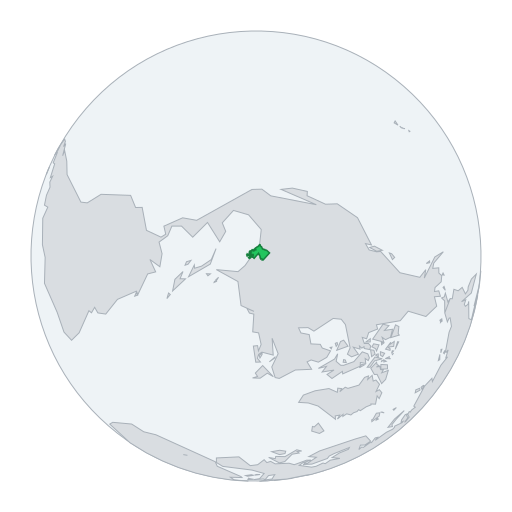 Louisiana highlighted on a globe, orthographic projection, rotated 131°
{"feature_id": "USA-3535", "entity_name": "Louisiana", "entity_type": "State", "adm_level": 1, "iso_a3": "USA", "parent_name": "United States of America", "parent_adm1": "", "projection": "orthographic", "projection_center": [-90.64, 30.971], "detail": "fine", "context": "on_globe", "style": "filled", "palette": "green", "viewbox_px": 512, "rotation_deg": 131, "n_neighbors": 0, "source": "natural_earth", "source_scale": "10m", "svg_char_len": 13669}
<svg xmlns="http://www.w3.org/2000/svg" viewBox="0 0 512 512"><g transform="rotate(131 256 256)"><circle cx="256" cy="256" r="225" fill="#eef3f6" stroke="#a8b0b8"/><path d="M304.1,340.1L298.8,338.4L293.9,345.1L275.3,336.4L268.0,324.2L208.4,302.7L201.7,295.4L200.9,284.3L177.7,244.1L189.3,280.8L180.9,273.1L173.6,259.6L177.0,257.0L171.3,237.5L163.3,228.9L160.5,204.5L171.9,176.1L174.8,181.5L177.2,174.6L173.7,167.7L170.8,164.9L174.2,136.4L164.6,118.4L154.9,118.9L162.3,114.5L139.4,120.4L129.9,117.4L144.7,117.2L149.4,114.5L145.0,110.3L148.9,106.8L149.0,102.9L154.0,99.3L162.3,100.2L165.7,98.0L162.4,95.2L165.4,90.4L169.7,94.6L175.3,86.7L190.2,88.1L197.8,104.9L210.2,104.7L228.9,120.0L231.3,116.3L239.9,120.7L245.9,118.2L247.7,122.4L251.0,116.9L248.2,113.7L248.7,110.3L252.0,108.8L254.8,113.6L253.6,115.0L256.1,115.7L256.1,118.8L258.0,116.4L261.0,122.8L262.9,114.3L269.4,117.7L270.1,122.6L263.6,124.7L249.1,143.5L247.8,150.2L252.5,156.8L274.7,163.0L275.9,169.7L282.3,176.8L284.6,171.6L280.4,164.3L286.3,156.9L280.5,149.5L282.0,145.6L278.7,137.5L286.1,136.1L295.2,139.3L298.3,146.2L302.4,148.0L305.0,139.7L316.2,151.5L333.1,158.1L335.2,161.8L329.4,171.3L315.2,175.2L307.5,189.9L319.5,178.0L324.7,188.5L328.5,189.5L332.3,187.8L333.1,183.1L336.3,186.5L325.7,198.9L322.6,196.0L326.0,191.9L319.4,194.1L312.3,203.6L315.4,208.7L301.3,219.5L303.4,223.5L301.5,228.5L299.1,221.2L303.2,234.8L287.1,252.9L292.3,277.0L279.6,259.3L270.4,258.0L259.6,259.2L260.2,263.1L245.0,260.8L232.6,269.4L229.8,288.6L236.4,302.9L253.1,303.2L257.3,295.0L269.1,292.7L262.5,314.6L283.3,316.1L282.3,331.8L288.6,339.1L298.6,335.9L309.1,338.3L315.9,328.4L327.2,321.5L328.2,333.8L333.8,321.3L340.6,326.0L362.5,319.9L361.0,323.2L379.6,332.1L398.4,331.3L402.7,338.0L400.6,344.1L406.8,342.9L406.9,346.2L430.0,339.1L440.6,339.9L439.4,351.0L428.9,369.2L415.4,397.7L395.4,414.2L387.6,424.6L367.4,441.7L355.7,445.2L356.4,449.0L347.6,454.0L339.2,456.6L335.5,460.1L329.2,461.8L331.8,462.6L318.5,468.4L318.7,470.2L308.3,473.8L308.6,474.4L305.8,474.9L302.0,475.9L300.7,476.4L293.3,477.1L294.6,475.0L299.7,473.0L296.0,473.3L307.2,467.7L302.1,469.4L308.6,461.0L318.5,452.0L330.2,423.5L326.6,418.2L311.1,413.4L292.5,390.4L298.4,378.7L294.0,373.8L308.5,355.5L304.1,340.1ZM62.8,239.6L64.1,234.7L64.9,239.1L62.8,239.6ZM63.9,230.8L63.7,232.7L63.7,230.9L63.9,230.8ZM63.3,229.0L63.7,230.3L63.0,229.3L63.3,229.0ZM62.1,227.1L62.8,227.9L62.7,228.0L62.1,227.1ZM292.1,285.2L315.9,293.3L303.2,296.7L305.5,294.3L299.3,290.4L288.0,287.4L276.6,291.0L292.1,285.2ZM61.1,222.9L60.9,221.7L61.7,221.9L61.1,222.9ZM300.7,270.7L296.6,270.3L300.5,269.7L300.7,270.7ZM168.8,164.4L173.2,168.0L175.0,175.8L170.9,173.1L168.8,164.4ZM166.1,150.4L169.2,150.7L166.2,157.4L165.3,155.1L166.1,150.4ZM147.1,120.5L149.9,122.6L145.8,121.8L147.1,120.5ZM148.1,103.1L146.1,103.7L147.0,101.5L148.1,103.1ZM274.9,138.9L276.7,138.3L276.4,140.1L274.9,138.9ZM271.6,136.2L269.9,138.9L268.1,138.0L269.2,136.4L271.6,136.2ZM155.6,94.1L157.7,90.6L157.0,94.2L155.6,94.1ZM274.2,133.2L265.1,136.1L262.0,134.6L263.7,127.4L274.2,133.2ZM159.8,88.7L164.8,81.0L160.7,81.5L175.1,76.2L166.1,84.2L165.9,88.4L163.3,87.1L159.8,88.7ZM245.9,113.4L249.0,116.7L243.4,115.5L245.9,113.4ZM242.2,113.4L224.2,115.4L221.3,110.0L227.9,110.2L221.7,104.9L229.1,101.2L234.2,103.4L234.6,107.5L237.1,103.0L242.2,113.4ZM182.3,74.8L184.7,73.3L183.8,75.1L182.3,74.8ZM248.5,108.9L245.1,109.6L242.4,104.9L248.6,102.7L247.5,104.9L248.5,108.9ZM216.4,105.5L215.5,101.9L221.2,97.9L221.7,96.0L229.1,100.7L216.4,105.5ZM249.8,105.2L251.9,101.8L256.1,102.7L251.6,108.0L249.8,105.2ZM239.0,104.7L238.0,102.5L240.6,103.0L239.0,104.7ZM272.5,104.6L268.6,105.1L266.8,102.7L272.5,104.6ZM252.3,100.5L250.8,100.3L249.7,99.5L251.9,97.5L252.3,100.5ZM232.6,97.7L235.2,97.0L229.8,95.6L233.9,92.8L238.1,96.6L238.0,93.8L239.3,93.0L241.3,97.1L232.6,97.7ZM250.7,93.3L257.4,97.7L265.2,97.0L267.0,99.1L254.2,99.9L250.7,93.3ZM245.0,95.1L248.9,94.4L249.2,97.1L246.6,99.3L245.0,95.1ZM235.2,89.7L227.8,92.9L227.2,92.0L235.2,89.7ZM252.9,92.5L251.2,91.5L253.4,92.1L252.9,92.5ZM240.6,89.8L238.1,91.0L237.4,89.9L240.6,89.8ZM250.0,88.6L252.1,90.0L250.5,91.4L250.0,88.6ZM245.6,88.7L245.3,87.0L248.6,91.1L244.6,89.4L245.6,88.7ZM240.3,88.6L239.1,88.4L241.5,88.3L240.3,88.6ZM254.9,82.7L259.5,87.5L255.9,90.6L251.9,85.4L254.9,82.7ZM304.7,475.9L293.5,477.3L300.2,476.5L307.2,474.8L312.2,474.1L304.7,475.9ZM324.4,470.3L331.2,468.0L332.1,467.8L327.6,469.4L324.4,470.3ZM413.7,95.1L411.2,92.9L400.0,82.7L413.7,95.1ZM381.4,68.9L373.5,63.8L382.6,69.8L383.0,69.9L388.7,74.0L385.6,72.0L388.2,74.2L402.0,84.8L403.9,86.2L413.9,96.2L418.1,99.7L422.7,104.7L417.5,100.9L413.8,97.6L408.7,98.4L413.5,102.5L418.7,102.4L419.5,104.2L426.0,110.8L421.7,107.2L414.8,107.2L420.2,118.6L436.6,143.1L437.8,150.4L434.4,153.4L418.8,137.1L418.0,122.8L412.4,117.8L404.4,116.2L404.8,112.3L401.4,110.2L400.3,105.2L390.7,95.1L388.4,90.2L376.8,83.8L374.0,80.6L381.6,85.1L385.7,86.0L378.9,75.5L375.3,72.7L368.3,69.6L367.3,67.5L361.4,66.0L353.7,59.9L358.2,66.3L350.1,63.9L341.2,59.4L339.3,59.9L353.8,67.4L358.9,69.5L362.0,69.3L376.4,77.3L380.5,81.6L368.3,78.4L372.7,84.5L361.4,80.1L329.1,61.1L319.7,55.1L320.5,48.0L327.2,49.8L330.2,53.1L334.6,51.4L330.8,50.9L330.0,49.4L322.0,47.5L321.1,46.4L315.1,46.7L313.0,45.2L316.9,45.1L303.4,41.9L297.0,39.2L294.4,39.1L293.4,39.7L285.9,36.4L284.3,36.5L286.2,37.5L284.2,38.6L277.8,39.3L275.6,38.1L277.6,37.7L278.4,35.3L284.1,34.8L282.5,34.5L277.1,34.7L276.1,37.5L272.9,38.3L272.4,36.7L272.3,37.3L270.0,37.5L265.6,36.6L265.8,38.4L243.6,43.4L232.9,43.0L235.0,40.5L217.1,44.8L206.5,45.2L208.2,46.0L200.8,49.4L204.0,49.3L204.3,50.0L186.8,60.3L180.9,62.3L175.3,68.9L176.2,69.5L180.2,68.3L175.1,76.2L160.7,81.5L159.5,79.8L151.3,84.8L149.6,80.6L144.4,79.8L147.2,73.1L142.8,73.6L140.1,75.6L132.1,78.3L125.1,77.9L142.7,69.2L155.6,70.9L151.4,69.0L155.9,67.0L156.6,65.0L153.3,64.3L150.7,65.7L163.6,54.3L162.8,51.6L154.2,56.2L147.3,59.6L140.2,62.8L154.1,55.1L168.5,48.4L183.4,42.7L198.7,38.1L214.2,34.6L229.9,32.2L245.8,31.0L261.7,30.8L277.6,31.8L293.4,33.8L308.9,37.0L324.3,41.3L339.3,46.7L353.8,53.1L367.9,60.5L381.4,68.9ZM479.4,227.3L479.6,228.2L478.8,256.1L475.5,255.0L464.4,239.6L462.3,225.4L456.6,214.3L438.0,151.8L440.1,147.3L432.3,122.6L432.4,121.2L439.8,130.2L439.2,124.8L431.3,114.5L430.9,114.0L441.6,128.2L451.1,143.3L459.4,159.1L466.4,175.5L472.1,192.4L476.5,209.7L479.4,227.3ZM451.4,177.0L453.6,180.6L451.4,177.0ZM363.2,319.6L365.9,321.2L362.5,322.3L363.2,319.6ZM302.0,302.2L306.8,301.9L309.5,303.5L305.9,304.7L302.0,302.2ZM341.3,295.4L346.6,295.3L341.3,297.7L341.3,295.4ZM319.5,294.2L337.1,296.0L326.8,301.9L315.6,300.9L323.0,298.4L319.5,294.2ZM299.4,278.7L302.5,279.3L301.9,281.8L299.4,278.7ZM303.5,270.3L302.4,270.7L300.6,268.9L303.5,270.3ZM325.3,187.7L326.3,186.8L330.4,186.1L328.9,188.4L325.3,187.7ZM345.5,172.7L350.3,178.6L345.9,175.8L344.8,179.7L334.3,179.1L335.7,163.7L337.0,170.6L345.5,172.7ZM320.6,174.9L327.1,176.5L319.9,175.4L320.6,174.9ZM383.8,105.5L386.1,104.5L390.5,108.0L393.4,115.8L387.1,110.7L383.8,105.5ZM388.4,102.5L375.5,98.1L373.2,93.6L376.6,96.7L376.4,94.2L381.9,98.7L392.3,99.4L396.8,102.6L399.7,114.3L396.3,108.5L394.3,109.6L388.4,102.5ZM346.8,99.9L341.2,99.3L343.4,90.0L348.3,91.7L351.6,99.1L347.6,101.6L346.8,99.9ZM279.0,120.5L276.7,121.9L275.9,120.4L277.2,118.0L279.0,120.5ZM270.8,105.1L288.1,113.2L286.4,115.1L298.6,118.3L298.8,124.7L290.9,122.3L300.2,130.0L293.1,130.4L299.9,135.2L282.2,129.1L276.2,130.2L282.9,126.4L282.9,120.4L281.1,118.2L271.5,112.8L258.6,112.9L256.5,107.4L258.5,103.6L261.3,102.7L261.7,106.4L265.1,102.7L267.9,107.4L270.8,105.1ZM282.8,69.5L282.1,72.8L289.4,68.6L292.3,72.2L292.9,71.5L297.5,73.9L304.3,75.8L304.6,77.7L307.1,77.7L310.2,79.5L313.7,80.1L315.6,84.0L320.1,85.2L318.4,86.4L325.6,87.6L321.1,88.4L324.7,91.3L327.1,88.9L328.5,110.7L332.6,120.1L338.5,127.8L329.9,129.0L319.0,123.0L308.2,114.0L305.5,105.2L302.1,107.6L299.8,104.3L303.4,103.7L296.5,102.6L295.6,99.8L285.9,93.6L276.4,94.4L272.7,92.4L275.9,90.7L269.9,90.0L273.5,85.5L270.9,84.1L271.8,78.6L279.5,76.5L276.0,75.2L276.6,71.3L282.8,69.5ZM255.5,81.1L264.1,77.2L269.9,77.5L265.9,87.0L267.8,88.9L265.4,95.7L257.1,95.3L258.5,93.4L258.0,91.4L260.8,92.3L258.1,90.1L260.0,87.5L258.5,85.2L261.7,84.5L255.5,81.1ZM428.5,115.9L427.9,114.3L426.0,111.1L430.0,115.5L428.5,115.9ZM424.1,116.0L423.0,113.8L427.8,117.9L428.5,119.8L424.1,116.0ZM418.2,109.5L422.5,113.4L420.6,112.4L418.2,109.5ZM380.1,83.2L378.4,81.1L379.8,81.5L382.7,83.4L380.1,83.2ZM305.0,59.9L303.7,61.2L302.2,60.7L295.7,62.0L293.1,59.7L296.0,58.0L305.0,59.9ZM422.8,104.6L423.8,105.7L422.7,104.5L421.9,103.6L422.8,104.6ZM301.0,57.6L298.7,58.3L298.8,56.7L301.0,57.6ZM290.8,58.1L290.3,56.3L292.0,59.6L290.8,58.1ZM275.4,42.7L287.3,43.1L294.1,42.8L295.2,41.1L298.7,44.0L288.2,44.5L275.4,42.7ZM247.8,43.2L246.8,45.3L243.8,44.8L243.6,44.2L247.8,43.2ZM249.6,44.2L254.8,46.1L252.1,47.6L248.5,45.7L249.6,44.2ZM278.3,50.6L282.0,50.8L281.8,51.9L278.3,50.6ZM130.5,68.9L122.6,74.5L119.7,76.6L119.8,76.5L130.5,68.9ZM129.5,69.7L133.6,66.9L149.4,58.8L150.8,58.6L134.4,66.9L137.4,64.9L135.0,66.2L129.5,69.7ZM183.0,72.8L184.6,73.2L182.0,74.0L183.0,72.8ZM206.2,49.8L206.2,50.9L203.2,51.5L206.2,49.8ZM204.4,54.5L207.8,53.0L205.1,55.1L204.4,54.5ZM215.3,49.8L209.6,52.7L213.7,49.3L215.3,49.8Z" fill="#d9dde1" stroke="#a8b0b8" stroke-width="1"/><path d="M259.8,259.0L259.5,259.2L259.2,259.1L259.0,258.9L258.8,258.9L258.6,258.8L258.3,258.8L258.2,258.5L258.0,258.4L257.5,258.3L257.3,258.3L257.0,258.7L256.8,259.0L256.7,259.1L256.7,259.3L256.9,259.5L257.7,259.7L258.2,259.6L258.4,259.4L258.6,259.2L258.9,259.4L259.1,259.1L259.0,259.4L259.3,259.3L259.2,259.2L259.3,259.2L259.4,259.3L259.3,259.5L259.1,259.6L258.9,259.6L258.7,259.8L258.8,260.0L259.2,260.0L259.3,260.3L259.5,260.2L259.7,259.8L259.9,259.7L260.1,259.6L260.3,259.6L260.1,259.7L260.1,259.8L260.3,259.9L260.3,260.0L260.2,260.1L260.3,260.1L260.2,260.3L260.3,260.2L260.5,260.3L260.3,260.5L260.2,260.7L259.9,260.5L260.0,260.5L259.8,260.8L259.5,260.8L259.6,261.0L259.8,261.0L260.0,261.2L259.2,260.9L259.5,261.3L259.0,261.2L259.1,261.3L259.3,261.7L259.8,261.9L259.8,262.0L260.5,262.2L260.3,262.3L260.7,262.3L260.8,262.5L260.9,262.3L261.0,262.5L261.0,262.4L261.2,262.7L261.1,262.8L261.4,262.9L261.5,262.9L261.5,263.0L261.3,263.1L261.6,263.1L261.4,263.4L261.3,263.2L261.3,263.4L261.1,263.5L260.8,263.3L260.8,263.5L260.6,263.5L260.4,263.9L260.2,264.0L260.2,263.8L260.4,263.6L260.6,263.4L260.7,263.1L260.5,263.3L260.3,263.4L260.2,263.2L260.3,263.2L260.2,263.1L260.0,262.8L260.1,262.7L259.9,262.7L259.9,262.8L259.5,262.7L259.4,262.6L258.8,262.5L259.0,262.4L259.0,262.2L258.8,262.1L258.8,261.9L258.7,261.9L258.7,262.0L258.5,261.9L258.4,261.9L257.8,261.6L257.7,261.6L257.8,261.7L257.6,261.5L258.1,262.1L258.1,262.4L258.1,262.6L257.9,262.6L257.9,262.9L258.0,262.8L257.9,263.1L257.7,263.2L257.4,263.4L257.4,263.2L257.3,262.8L257.3,262.7L257.2,262.8L257.0,262.5L256.8,262.8L256.8,262.6L256.7,262.3L256.5,262.6L256.4,262.6L256.2,262.5L256.1,262.8L256.0,263.0L255.9,263.1L255.8,263.3L255.4,263.3L255.6,263.2L255.3,263.0L255.2,263.2L254.9,263.0L254.7,263.0L254.8,262.9L254.7,262.9L254.6,263.0L254.3,262.9L253.8,262.7L253.6,262.6L253.6,262.4L253.6,262.5L253.8,262.5L253.9,262.3L254.0,262.3L254.2,262.7L254.2,262.8L254.4,262.7L254.3,262.4L254.0,262.2L253.9,261.9L253.9,261.7L254.0,261.5L254.0,261.4L253.9,261.3L253.8,261.6L253.7,261.8L253.3,261.7L253.1,261.6L252.9,261.6L252.9,261.2L252.6,261.2L252.6,260.8L252.1,260.8L251.8,260.9L251.8,260.7L252.0,260.6L251.9,260.5L251.7,260.4L251.6,260.5L251.4,260.5L251.1,260.7L250.9,260.8L250.9,260.7L250.8,260.8L250.7,260.7L250.8,261.0L251.0,260.9L250.9,261.0L251.0,261.3L251.1,261.2L251.3,261.3L251.1,261.3L250.9,261.4L250.4,261.6L249.0,261.3L247.9,260.8L247.3,260.6L246.0,260.6L245.4,260.7L245.1,260.8L244.9,260.6L244.9,260.4L245.2,260.4L245.3,260.2L245.4,259.8L245.2,259.7L245.5,259.4L245.6,259.1L245.5,258.8L245.6,258.5L245.5,258.4L245.4,258.2L245.6,257.8L245.5,257.4L245.8,257.1L245.9,256.9L246.0,256.7L246.1,256.2L246.1,255.7L246.3,255.6L246.2,255.4L246.2,255.0L246.0,254.7L245.8,254.5L245.9,254.3L245.8,254.1L245.7,254.0L245.6,253.9L245.7,253.7L245.3,253.4L245.4,253.0L245.3,252.6L245.1,252.3L244.9,252.1L244.7,251.8L244.8,247.8L254.3,248.0L254.5,248.2L254.6,248.3L254.4,248.6L254.3,248.9L254.3,249.0L254.6,249.1L254.3,249.3L254.3,249.6L254.5,249.7L254.5,250.1L254.8,250.4L254.8,250.5L255.1,250.6L254.9,250.9L254.7,251.4L254.5,251.5L254.6,251.8L254.2,252.0L254.0,252.4L253.6,252.6L253.4,253.0L253.3,253.6L253.0,253.9L253.0,254.1L253.1,254.3L253.0,254.7L252.6,254.8L252.8,255.1L252.7,255.3L252.8,255.7L252.6,255.9L259.0,255.9L259.0,256.1L258.9,256.6L258.8,256.8L258.7,257.1L258.8,257.3L258.8,257.6L259.1,257.7L259.3,258.0L259.4,258.5L259.6,259.0L259.8,259.0ZM252.1,261.8L251.9,261.8L251.3,261.5L251.2,261.4L251.6,261.2L251.8,261.2L252.1,261.4L252.3,261.4L252.3,261.5L252.1,261.6L252.1,261.8ZM260.9,259.5L260.7,259.5L260.4,259.5L260.6,259.5L260.6,259.4L261.0,259.1L260.7,259.4L260.8,259.4L260.8,259.6L260.9,259.5ZM258.2,261.9L258.1,262.0L258.0,261.9L257.9,261.9L258.0,261.8L258.2,261.9ZM262.0,259.5L262.2,259.8L262.2,260.1L262.2,260.4L262.1,260.7L262.2,260.0L262.1,259.6L262.0,259.5ZM260.0,260.6L260.1,260.8L260.0,260.7L259.9,260.8L259.9,260.6L260.0,260.6ZM260.4,260.6L260.6,260.5L260.4,260.6ZM255.6,263.6L256.0,263.5L255.9,263.5L255.6,263.6L255.6,263.6ZM258.3,262.7L258.1,262.9L258.3,262.7ZM256.6,263.5L256.8,263.6L256.4,263.5L256.6,263.5ZM260.8,260.0L260.6,260.1L260.8,260.0ZM260.6,259.9L260.6,260.0L260.6,259.9ZM257.0,263.5L257.1,263.4L257.0,263.5ZM261.0,261.7L261.0,261.8L260.9,261.9L261.0,261.8L261.0,261.7ZM256.7,262.7L256.6,262.9L256.7,262.7L256.7,262.7ZM262.0,260.9L261.8,261.1L262.0,260.8L262.0,260.9ZM258.4,262.6L258.5,262.6L258.4,262.7L258.4,262.6Z" fill="#22c55e" stroke="#15803d" stroke-width="1.5"/></g></svg>